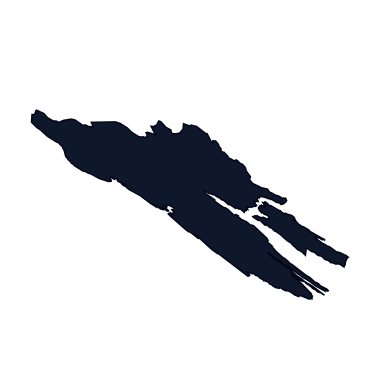 Leirfjord nor, Nordland, Norway, rotated 227°
{"feature_id": "86288312B95964377762384", "entity_name": "Leirfjord nor", "entity_type": "district", "adm_level": 2, "iso_a3": "NOR", "parent_name": "Norway", "parent_adm1": "Nordland", "projection": "natural_earth1", "projection_center": [13.007, 66.095], "detail": "fine", "context": "isolated", "style": "filled", "palette": "ink", "viewbox_px": 384, "rotation_deg": 227, "n_neighbors": 0, "source": "geoboundaries", "source_scale": "gbopen_adm2", "svg_char_len": 6005}
<svg xmlns="http://www.w3.org/2000/svg" viewBox="0 0 384 384"><g transform="rotate(227 192 192)"><path d="M295.7,183.6L311.6,165.9L307.5,164.4L307.0,164.1L307.2,163.5L308.8,162.8L310.1,161.1L313.8,159.8L315.1,157.6L324.4,155.6L327.7,153.4L331.9,147.1L333.8,141.9L336.1,141.3L337.8,139.8L337.5,139.3L344.9,137.0L350.3,137.2L357.5,134.3L357.9,133.9L357.8,132.9L356.6,131.2L356.4,128.8L357.8,127.9L352.5,122.2L345.0,122.5L340.8,123.5L331.2,124.3L321.3,126.9L319.3,127.9L314.9,128.0L314.8,128.6L314.2,128.7L313.0,127.7L309.9,127.0L304.1,123.9L299.5,123.5L296.2,123.8L295.3,123.3L294.7,123.9L290.9,124.1L281.4,126.6L280.3,127.7L275.7,129.3L275.3,130.0L265.1,133.4L256.7,138.0L255.0,140.1L255.5,140.9L258.0,141.5L257.8,142.2L259.0,143.0L258.4,143.8L256.3,143.3L254.9,143.5L254.1,144.0L254.8,144.7L254.3,145.3L252.4,145.8L250.2,145.1L242.9,148.4L243.0,147.4L244.7,146.2L243.3,146.3L240.8,147.6L239.5,147.6L239.6,147.2L236.3,147.8L224.6,151.7L212.4,153.8L206.2,155.4L207.7,155.8L199.9,157.8L201.8,157.5L198.1,159.1L200.7,159.3L200.2,159.6L194.8,161.0L194.4,161.5L195.1,161.5L193.8,162.2L197.8,161.8L198.8,162.0L198.6,162.3L200.8,162.0L200.5,162.2L200.8,162.5L198.5,163.4L198.9,163.8L199.0,164.9L197.9,166.2L193.1,167.9L192.6,168.0L192.0,167.4L192.0,166.2L192.9,165.3L190.0,164.9L189.5,164.6L189.5,163.5L188.0,162.9L191.1,162.3L190.7,161.7L192.1,161.0L192.2,159.7L188.4,159.8L167.6,161.9L164.7,162.6L164.2,163.3L153.1,165.0L160.5,165.2L159.9,165.4L136.5,167.3L129.6,168.6L129.3,169.2L91.5,175.6L93.1,175.8L93.1,176.3L91.6,177.1L92.2,177.8L95.6,177.7L93.6,179.4L91.1,180.2L90.6,181.2L89.2,181.8L87.6,181.6L85.9,182.9L82.7,183.0L79.4,184.2L78.6,183.9L78.7,184.4L77.2,184.8L77.4,184.9L77.1,185.3L73.6,186.4L72.0,186.0L69.5,187.1L68.6,186.9L65.3,187.9L65.6,188.1L62.1,189.9L62.3,191.0L61.4,191.5L57.3,192.5L56.0,193.2L56.4,193.4L55.9,193.9L51.6,195.9L46.8,196.9L43.3,198.4L42.8,198.7L43.3,199.3L41.5,201.1L34.0,204.5L32.0,207.1L34.0,208.0L33.5,208.7L33.1,208.2L33.4,208.8L36.8,209.7L35.7,209.9L50.1,209.6L63.2,208.2L64.9,208.9L53.9,210.6L52.5,211.3L53.4,211.4L51.5,212.2L51.6,212.6L50.0,213.0L45.4,213.4L44.2,214.2L42.4,214.1L40.7,214.8L40.4,214.4L38.7,214.6L35.5,215.8L32.7,215.6L33.8,216.0L31.6,216.7L31.8,217.2L26.1,218.5L41.0,215.9L50.0,213.2L52.7,213.1L58.6,211.6L67.2,210.8L77.9,209.0L85.3,207.0L95.8,205.6L95.3,205.7L95.3,206.5L87.1,207.6L82.4,208.7L82.7,209.2L76.2,210.0L74.5,210.9L54.7,214.6L47.8,216.7L38.5,218.5L29.5,221.4L30.5,221.6L26.6,223.9L30.0,223.4L26.2,224.4L29.4,224.3L33.2,222.9L32.6,222.8L36.0,221.9L38.5,222.0L41.1,221.2L41.6,220.5L49.1,219.9L53.0,218.7L71.4,215.6L72.3,215.0L76.1,215.0L80.6,214.4L81.8,213.8L92.2,212.9L94.0,213.2L95.7,212.8L96.5,213.5L98.8,213.7L103.3,213.1L104.3,213.3L104.6,214.6L107.2,215.2L125.4,214.0L126.9,213.2L126.6,212.8L128.3,212.2L133.0,211.6L138.7,209.3L143.2,209.0L143.2,209.6L144.4,209.2L145.5,208.8L145.2,208.1L146.3,207.3L148.0,206.8L154.8,206.4L158.0,205.5L158.0,204.9L162.6,203.7L169.3,202.5L170.9,202.8L170.1,203.4L171.4,203.2L182.3,200.7L184.1,201.9L178.9,203.6L178.5,204.3L175.5,205.5L174.9,206.7L173.1,206.6L169.7,207.6L169.4,208.1L166.4,208.3L165.0,209.0L165.0,209.5L158.0,210.0L156.8,211.2L150.4,212.6L150.6,213.4L147.3,214.8L146.3,215.9L141.6,216.3L142.7,217.6L141.9,217.8L142.0,219.1L141.5,219.1L142.0,220.4L141.1,220.8L143.6,222.0L141.5,223.6L141.4,224.8L140.4,224.9L138.6,228.8L138.1,228.8L138.1,229.7L138.1,230.1L140.6,230.2L142.3,231.3L141.5,231.5L141.5,232.3L139.9,233.9L143.4,235.3L143.7,235.7L142.6,236.5L143.1,236.5L142.9,237.3L142.0,237.7L142.2,238.7L140.7,240.1L137.6,242.2L135.7,242.8L134.3,244.2L133.1,244.2L132.6,245.1L127.2,246.6L124.1,248.6L122.3,248.6L122.2,249.3L121.6,249.4L121.5,250.6L121.0,250.8L120.7,253.9L121.2,254.4L121.1,255.3L123.7,256.2L124.0,255.3L125.0,255.0L125.8,253.8L129.5,252.8L133.3,250.7L137.2,249.6L138.3,248.7L142.7,249.1L148.5,245.2L149.6,245.1L157.1,242.1L162.3,242.7L163.0,244.9L163.5,245.2L170.2,246.0L173.5,247.7L177.8,247.8L180.2,246.7L184.3,246.6L185.5,246.0L186.0,244.0L189.3,243.2L191.4,242.0L194.0,242.6L199.4,242.5L200.4,241.5L202.2,241.2L204.0,242.8L206.6,242.8L208.8,243.8L213.1,244.1L215.2,242.3L213.5,240.5L216.3,240.5L224.3,242.8L225.9,241.8L236.7,240.1L241.5,237.0L241.9,235.6L242.6,234.9L247.7,232.4L244.2,228.4L243.5,223.4L245.0,220.6L247.9,217.6L250.0,217.5L251.6,218.9L256.8,217.1L264.7,217.1L266.6,216.2L265.2,211.9L266.0,208.6L268.0,206.9L259.0,204.3L266.0,200.2L266.7,198.8L264.1,198.2L263.4,195.2L265.7,193.9L267.2,191.9L269.1,190.7L277.5,188.5L282.8,188.4L291.2,186.2L295.7,183.6ZM37.7,261.8L41.1,261.3L41.3,260.5L42.8,260.4L46.9,258.8L49.8,256.8L57.5,255.4L60.1,254.3L60.6,253.5L61.9,253.8L66.0,252.3L72.4,251.1L73.2,250.5L74.2,250.6L75.1,251.5L73.7,251.8L71.6,253.8L68.4,254.5L67.3,255.9L65.8,256.3L67.8,256.4L68.3,255.9L82.1,251.6L83.4,250.5L84.7,250.4L84.9,250.7L84.4,250.6L84.2,251.6L84.7,251.5L90.5,249.8L91.3,249.1L95.8,248.0L98.0,248.1L102.7,246.7L103.1,247.7L100.8,248.4L103.3,249.0L103.4,249.4L106.6,249.0L109.5,247.5L109.9,246.7L111.7,246.4L112.1,245.6L112.6,245.6L112.4,245.2L115.3,243.9L118.5,243.7L119.0,243.1L128.1,240.4L129.5,239.2L131.8,239.4L134.7,238.9L134.5,238.3L135.0,238.3L134.9,237.5L136.1,236.6L131.5,235.5L131.7,234.9L133.5,234.9L133.0,234.8L134.4,233.7L135.2,233.7L135.1,233.0L133.4,233.2L134.8,232.5L134.8,232.1L135.3,232.1L135.0,231.7L135.5,231.6L135.0,231.6L135.4,230.9L135.0,229.6L132.6,228.8L129.1,228.7L129.1,229.1L127.9,229.8L126.6,229.6L123.2,231.4L119.2,230.4L122.3,227.9L125.1,226.8L125.2,226.0L126.8,224.6L130.5,223.3L130.6,222.6L132.0,221.6L131.7,220.6L132.5,219.7L131.8,219.6L126.1,221.0L125.2,222.3L117.7,222.8L117.5,223.2L117.9,223.5L116.8,224.3L112.8,224.7L111.6,225.6L106.9,225.8L106.1,226.4L100.5,227.6L91.5,228.4L85.8,230.0L82.8,230.2L83.8,229.5L76.8,230.1L76.4,230.7L73.2,231.5L68.4,231.8L73.2,237.6L66.9,238.9L64.4,240.4L59.8,240.9L56.6,243.0L51.6,243.3L49.1,245.0L45.6,245.4L43.8,246.9L41.6,247.7L38.9,250.7L33.5,252.0L34.6,254.7L36.1,256.4L37.2,258.7L37.9,261.1L37.7,261.8Z" fill="#0f172a" stroke="#020617" stroke-width="1.5"/></g></svg>